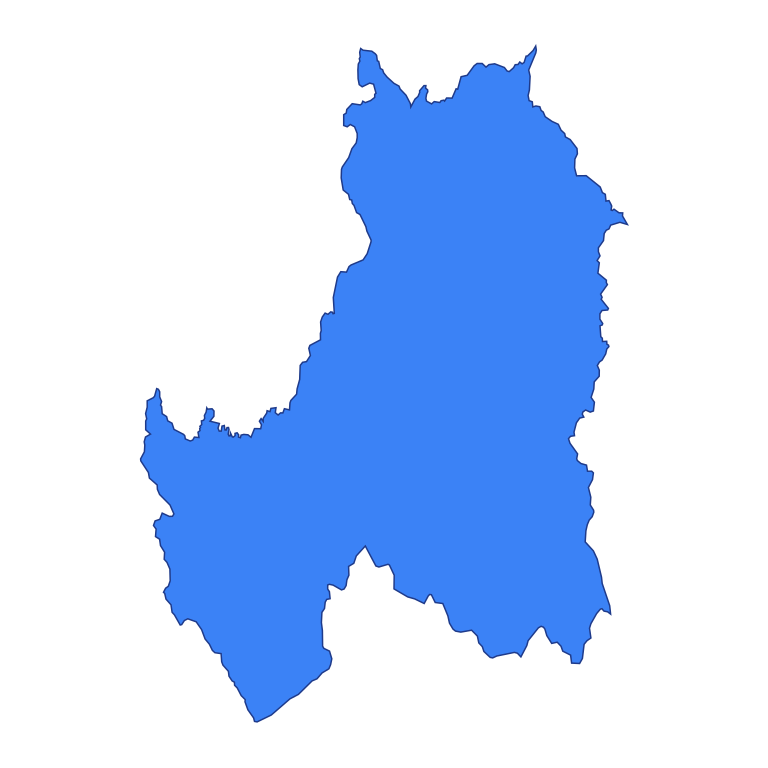 the district of Ban Kha, Ratchaburi, Thailand
{"feature_id": "78962969B84740319728586", "entity_name": "Ban Kha", "entity_type": "district", "adm_level": 2, "iso_a3": "THA", "parent_name": "Thailand", "parent_adm1": "Ratchaburi", "projection": "equal_earth", "projection_center": [99.377, 13.332], "detail": "fine", "context": "isolated", "style": "filled", "palette": "blue", "viewbox_px": 768, "rotation_deg": 0, "n_neighbors": 0, "source": "geoboundaries", "source_scale": "gbopen_adm2", "svg_char_len": 6061}
<svg xmlns="http://www.w3.org/2000/svg" viewBox="0 0 768 768"><path d="M627.4,224.5L622.5,216.0L622.7,212.9L619.0,212.8L614.0,209.2L612.3,210.5L611.1,210.0L611.7,206.1L611.0,204.4L609.0,200.6L606.0,201.1L605.3,194.3L602.4,192.6L600.2,187.0L586.2,175.7L576.6,175.8L574.6,167.9L574.9,159.1L577.4,153.8L577.0,148.5L570.2,139.6L565.4,136.9L564.7,133.6L561.0,130.1L558.3,124.3L552.0,121.4L545.2,116.7L543.2,112.0L541.1,110.4L539.8,106.7L535.9,106.0L532.8,106.9L532.3,101.8L529.1,100.6L528.1,95.5L529.4,90.0L530.1,76.3L528.7,70.0L535.8,52.9L536.3,50.0L535.7,46.1L533.1,50.5L527.5,56.0L526.1,56.1L524.1,62.5L522.1,63.8L519.8,62.0L518.0,64.5L515.2,64.7L513.6,67.7L509.2,71.6L507.1,71.0L504.4,67.5L494.7,63.8L489.0,64.6L486.0,67.1L482.2,63.5L477.1,63.5L474.1,65.8L467.2,75.3L461.1,76.7L457.7,89.2L456.1,88.8L452.1,98.1L446.6,98.0L444.6,101.1L443.8,100.2L441.1,100.7L439.8,102.5L434.2,101.6L431.6,103.9L426.5,101.1L425.9,98.3L426.6,94.0L427.8,91.8L427.6,89.8L425.6,88.2L425.9,85.6L424.0,85.6L419.6,90.7L419.7,92.4L418.0,96.5L415.0,99.1L410.8,107.0L410.4,103.7L406.0,95.2L400.1,89.0L399.0,86.1L393.9,83.3L387.1,77.1L383.7,72.9L382.6,69.7L380.3,68.5L378.7,61.4L377.3,60.8L376.6,55.4L375.2,53.7L371.8,51.2L363.0,50.2L360.7,48.5L359.7,52.3L360.2,57.0L359.3,58.7L359.9,61.1L358.3,64.0L357.9,69.8L358.1,78.7L359.2,84.6L362.2,86.8L369.7,83.1L373.6,84.2L376.0,93.3L374.7,94.3L374.7,97.4L370.6,100.6L365.3,102.6L362.8,101.2L361.7,103.9L360.2,104.9L352.2,103.7L346.8,109.4L346.2,113.1L343.7,114.7L343.7,125.5L347.2,126.8L350.3,124.5L354.6,126.8L357.2,133.5L357.2,137.7L356.2,142.9L351.9,148.7L348.7,157.6L342.3,167.0L341.5,169.4L341.2,177.9L343.2,190.0L348.5,194.3L349.7,199.5L351.7,200.0L352.3,203.5L354.0,205.4L356.6,212.6L360.0,214.5L365.9,226.7L366.9,231.1L371.1,240.1L371.0,241.9L367.2,253.7L363.1,259.9L351.0,265.0L349.0,266.6L346.5,272.1L340.8,271.7L337.5,277.1L333.3,297.5L334.3,313.4L333.0,313.7L332.4,312.2L330.7,311.9L328.0,314.3L325.1,313.1L322.3,317.0L320.6,322.0L321.2,330.6L320.4,333.3L320.5,339.8L309.9,345.4L308.8,348.3L310.4,355.5L306.5,361.6L302.6,362.3L300.2,365.4L299.7,379.4L297.1,388.9L296.6,394.2L290.9,400.4L290.0,402.8L289.5,409.9L284.4,408.7L282.9,412.9L280.5,412.9L278.1,415.0L275.3,412.7L276.0,407.7L270.9,408.4L270.0,411.6L267.1,410.7L266.7,413.1L263.2,418.4L263.2,421.4L261.1,418.6L259.4,421.2L261.5,424.8L260.7,428.7L254.5,428.6L251.0,437.3L248.0,434.8L243.8,434.4L241.1,435.1L240.4,437.7L238.5,437.1L238.7,434.9L237.1,432.8L235.0,433.4L235.1,435.6L233.3,437.1L232.3,436.9L230.5,433.0L230.2,435.8L229.0,435.9L228.2,434.2L229.0,429.6L228.5,427.5L227.0,427.6L226.2,430.0L224.9,429.9L224.3,425.5L222.0,426.1L221.2,431.1L219.2,431.1L218.0,428.2L219.4,423.5L210.0,421.2L213.9,416.3L214.0,411.0L212.1,408.8L207.5,409.1L206.8,407.9L206.1,412.2L204.4,415.5L204.7,418.3L203.6,420.3L201.4,420.9L201.7,424.6L199.9,426.3L200.5,427.3L199.7,428.5L200.0,430.6L198.0,432.2L198.9,437.5L194.4,437.1L192.7,440.1L190.2,441.0L185.3,438.9L184.8,435.8L183.6,434.4L174.0,429.4L172.0,423.2L167.7,420.8L166.6,416.6L162.2,413.7L161.6,406.6L160.5,405.1L161.6,401.6L159.7,396.9L159.7,391.8L158.4,389.3L156.7,388.6L154.6,396.2L153.3,397.7L147.2,400.8L147.2,407.2L145.6,413.6L146.7,418.9L145.7,421.0L145.7,429.8L150.5,434.1L145.5,437.0L144.2,441.8L144.8,445.2L144.4,451.8L140.6,458.9L140.8,460.9L148.4,472.5L149.4,478.1L157.2,485.0L157.4,489.3L159.6,494.5L170.0,505.0L173.9,513.9L172.5,516.3L169.3,516.4L162.2,513.1L159.8,519.3L155.1,520.9L153.5,525.5L156.1,529.1L155.5,536.6L159.6,539.2L160.5,545.6L164.6,552.2L164.2,559.3L167.0,562.4L169.9,569.1L170.2,580.8L168.3,586.3L165.6,588.2L163.5,592.3L164.7,593.4L166.0,599.1L171.0,604.8L172.1,612.3L174.4,614.8L180.2,625.0L181.7,624.6L184.4,620.5L187.8,618.8L196.2,621.8L201.6,629.6L205.1,639.0L209.4,644.2L212.4,650.4L214.9,652.7L221.1,653.6L221.7,661.8L223.0,665.2L228.4,671.3L229.0,676.2L232.1,680.9L234.4,682.2L234.6,685.3L237.2,687.9L241.2,695.6L245.2,699.6L245.0,701.8L247.9,709.8L253.6,717.9L254.5,721.4L257.1,721.9L271.3,715.0L290.0,698.8L298.4,694.4L312.1,680.9L317.0,678.8L322.1,672.9L328.9,668.8L330.6,664.7L331.8,658.8L329.5,651.1L323.9,648.4L322.6,646.2L322.4,630.5L321.4,622.6L321.9,612.4L324.5,608.5L325.2,602.2L326.7,599.4L330.1,598.7L329.4,591.6L327.7,589.1L327.7,585.0L329.3,584.3L333.1,585.1L341.5,589.9L344.1,589.0L346.1,585.6L346.9,579.8L348.9,575.2L348.6,566.4L353.8,563.3L356.3,555.9L365.3,546.0L375.9,566.0L378.9,567.0L388.0,564.3L389.4,565.0L394.2,575.2L394.0,588.9L407.7,596.9L414.7,598.9L424.2,603.5L428.2,596.0L429.6,594.5L431.4,594.7L435.2,602.5L442.8,603.5L447.9,615.9L449.5,623.2L453.0,629.1L455.5,631.1L460.8,632.1L471.6,630.2L477.4,636.1L478.8,642.9L482.3,646.6L483.9,651.5L490.2,657.4L492.7,657.9L496.8,656.0L514.4,652.4L517.4,653.2L520.9,656.9L526.8,645.6L528.1,640.7L538.4,627.8L541.1,626.3L543.5,627.2L544.9,629.1L546.8,635.6L551.7,643.4L557.2,642.2L561.0,646.2L562.8,651.2L570.6,655.1L571.6,663.1L579.6,663.5L582.4,658.5L584.1,644.3L587.0,640.7L590.9,638.0L589.5,628.2L590.9,623.7L596.6,613.6L600.3,609.2L601.9,608.7L604.0,611.1L607.6,611.8L610.6,614.1L609.7,605.7L602.2,583.5L601.5,577.2L597.2,559.1L593.4,550.9L585.2,541.9L585.9,530.8L587.3,524.7L589.2,520.1L592.2,516.7L593.8,512.2L593.6,510.2L590.3,505.0L590.8,497.2L588.4,487.5L592.5,479.6L593.4,472.9L591.7,471.2L587.5,471.2L586.5,465.1L580.9,463.5L577.3,460.5L576.7,458.7L577.6,453.9L570.0,443.3L568.5,438.7L570.5,436.3L574.5,435.7L574.0,432.1L576.4,422.8L579.7,418.1L583.8,417.1L582.3,414.2L582.8,412.1L585.6,410.0L590.2,412.1L593.4,411.0L594.4,402.2L591.1,397.4L593.8,389.1L594.2,381.9L599.2,376.2L599.3,370.2L597.3,365.5L599.5,361.9L602.1,360.1L605.7,353.9L606.8,349.0L608.9,346.6L608.5,345.1L606.9,344.2L606.7,341.3L602.5,341.5L602.3,338.2L600.8,336.7L600.0,325.8L602.3,324.9L602.7,323.5L599.9,319.2L599.9,313.8L602.0,310.5L607.7,310.0L608.4,308.4L601.2,299.3L602.1,297.3L600.6,294.1L607.4,284.6L606.3,282.6L606.4,280.2L597.9,273.2L599.3,262.8L597.1,260.6L600.0,255.9L598.4,251.7L598.4,247.8L603.5,240.6L604.2,233.5L606.3,230.2L609.0,228.9L610.7,225.1L619.9,222.3L627.4,224.5Z" fill="#3b82f6" stroke="#1e3a8a" stroke-width="1.5"/></svg>